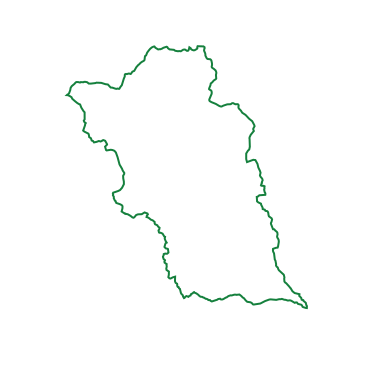 Chhoekhor, Bumthang, Bhutan (Mercator projection), rotated 339°
{"feature_id": "84629894B98599067496491", "entity_name": "Chhoekhor", "entity_type": "district", "adm_level": 2, "iso_a3": "BTN", "parent_name": "Bhutan", "parent_adm1": "Bumthang", "projection": "mercator", "projection_center": [90.666, 27.781], "detail": "fine", "context": "isolated", "style": "outline", "palette": "green", "viewbox_px": 384, "rotation_deg": 339, "n_neighbors": 0, "source": "geoboundaries", "source_scale": "gbopen_adm2", "svg_char_len": 6023}
<svg xmlns="http://www.w3.org/2000/svg" viewBox="0 0 384 384"><g transform="rotate(339 192 192)"><path d="M109.9,56.7L110.8,57.1L112.4,58.8L113.5,60.3L113.6,62.0L115.2,65.1L116.7,67.7L117.9,69.3L118.9,70.2L118.9,73.5L119.7,77.6L120.3,79.1L117.8,85.7L116.5,86.7L116.6,88.1L117.5,89.6L116.6,90.3L116.1,91.3L112.4,95.7L113.2,97.1L116.2,100.4L116.2,101.7L115.7,103.9L116.9,105.6L116.8,108.0L117.9,109.0L118.3,110.6L121.0,111.0L123.3,111.0L124.8,112.1L126.3,112.0L127.0,111.7L127.9,111.8L129.3,113.1L129.8,116.8L129.7,117.3L127.1,118.5L126.8,122.0L127.2,122.6L131.4,123.5L132.9,124.4L134.3,125.7L135.1,127.8L135.0,132.8L134.2,140.4L135.0,145.2L135.0,147.1L135.6,149.9L135.2,150.8L133.5,152.2L132.7,154.6L132.1,157.9L131.2,160.3L128.2,163.0L125.5,164.4L123.4,164.6L118.2,164.4L118.1,164.7L117.5,165.2L117.4,166.4L117.0,166.8L117.3,168.4L116.7,170.0L116.8,170.3L116.9,172.3L117.4,173.1L117.2,173.6L117.4,174.1L117.4,175.1L120.3,177.5L121.5,178.8L122.0,179.7L121.9,180.8L121.1,182.5L119.3,185.0L121.6,188.2L121.8,188.0L122.7,188.9L124.1,189.8L126.1,192.3L127.3,194.4L128.3,195.1L129.3,194.8L131.6,193.5L133.6,193.5L137.1,194.7L140.4,194.1L142.7,196.1L142.8,197.1L141.4,197.9L140.6,199.1L141.5,199.7L142.6,201.1L143.7,203.1L145.1,204.3L146.4,206.6L145.9,207.8L146.0,208.9L147.7,210.6L147.9,212.0L148.9,213.8L148.0,215.2L147.0,215.8L146.8,216.9L146.7,217.9L146.9,218.3L148.1,218.8L149.6,220.3L150.2,223.7L150.8,224.2L149.8,225.8L149.8,228.1L150.2,230.2L149.1,230.3L148.4,231.0L146.6,233.4L147.3,235.2L149.0,236.4L149.1,236.7L148.3,240.1L146.8,240.7L145.5,240.3L145.0,239.9L143.4,239.8L142.7,241.1L141.8,241.8L141.6,242.2L141.5,244.6L142.3,245.7L142.3,246.2L141.3,247.1L141.1,248.1L142.1,249.7L142.5,250.0L142.5,250.3L142.1,250.9L141.7,252.5L140.5,254.4L140.3,255.7L141.9,258.0L140.7,261.0L139.4,263.0L140.0,264.5L141.0,265.1L143.6,264.8L145.9,265.0L144.4,268.5L144.1,269.6L144.2,271.0L145.2,272.3L145.0,273.3L144.6,274.2L144.6,275.1L144.7,275.5L145.4,275.9L145.4,277.3L146.0,278.1L145.5,282.1L145.5,283.0L146.4,285.1L146.2,286.4L146.5,288.2L147.0,288.2L148.5,287.3L149.6,287.2L151.1,288.6L152.4,288.0L153.5,288.1L154.7,286.9L156.1,286.9L157.6,286.2L158.1,286.3L158.1,286.7L159.8,288.3L161.1,290.3L161.4,291.2L162.4,292.8L164.0,293.6L164.8,294.7L165.3,294.9L166.5,296.6L167.2,296.9L168.2,297.8L168.5,298.7L170.0,299.3L170.3,300.2L171.3,301.3L177.0,301.6L178.1,301.3L180.0,301.7L180.3,302.5L181.4,303.1L182.1,303.2L183.0,303.2L185.7,302.7L186.6,302.8L188.7,302.2L191.0,302.3L192.0,302.8L194.6,303.0L196.2,303.6L196.5,303.9L199.5,304.7L200.8,306.8L201.5,308.6L202.4,309.7L203.3,312.5L204.2,314.3L207.2,316.0L208.3,317.6L208.5,318.6L209.3,319.2L215.8,320.6L221.2,320.0L225.6,320.1L226.9,320.4L232.0,322.9L235.0,323.3L236.4,323.9L237.6,324.0L239.6,325.7L240.6,326.1L242.6,327.7L244.6,328.2L245.7,329.1L248.2,332.3L249.4,332.3L250.3,332.7L250.9,334.5L253.5,336.3L254.0,337.2L254.1,338.8L254.4,339.2L256.8,341.1L257.6,341.5L258.4,339.7L258.2,338.4L258.5,336.2L257.0,333.4L257.1,332.8L255.8,331.9L256.0,329.9L254.9,327.4L255.7,325.9L251.6,323.1L250.2,320.6L249.6,317.1L249.2,316.4L249.0,315.4L247.3,311.0L246.5,309.8L246.2,308.7L247.0,306.0L247.7,304.8L248.0,302.5L248.0,302.1L245.1,296.2L244.9,295.1L245.0,293.2L244.3,292.0L244.1,290.8L244.7,289.4L245.1,287.1L245.3,286.1L245.1,284.7L246.6,278.7L246.4,276.7L246.7,275.3L247.3,274.1L250.5,274.2L252.0,274.6L252.8,273.7L255.2,269.6L255.7,267.8L255.6,266.2L255.3,265.2L255.5,264.0L256.7,262.2L257.1,260.5L256.9,259.6L255.9,257.8L255.4,256.3L254.3,255.8L254.3,249.9L254.7,249.1L255.4,248.5L256.9,246.4L256.9,245.1L255.1,242.3L255.2,240.9L255.7,238.8L255.7,237.5L255.4,236.9L253.8,235.9L253.6,234.6L251.9,233.3L252.3,231.8L252.0,228.7L252.2,227.6L250.2,225.5L249.4,224.1L250.7,219.8L251.6,219.9L253.7,219.2L259.4,220.9L259.9,220.0L260.0,219.0L259.8,218.1L260.1,216.1L260.3,215.4L260.8,215.0L261.1,213.9L261.8,212.7L261.2,212.0L259.0,211.0L258.8,210.4L259.6,209.6L260.1,208.8L260.6,208.6L260.7,207.9L262.2,206.3L262.3,204.7L261.4,202.1L261.4,200.8L262.9,198.6L263.0,196.6L262.7,192.9L263.2,189.2L262.6,184.9L260.7,183.9L254.1,183.8L254.4,180.7L256.4,175.5L259.0,173.5L260.7,172.8L262.2,170.5L264.8,163.0L264.9,162.3L265.5,161.4L267.4,159.6L271.6,157.2L271.6,155.5L271.9,154.8L274.0,153.0L274.1,151.8L273.6,147.5L271.6,144.1L269.6,139.2L267.3,136.0L266.8,133.5L265.8,131.2L265.6,130.2L265.8,129.2L266.5,128.2L266.6,127.1L266.2,126.4L263.9,125.6L262.1,123.7L261.1,123.5L259.6,123.9L256.3,122.8L252.2,122.6L250.4,122.8L249.7,122.6L248.4,121.6L245.8,118.3L242.4,115.1L241.1,113.5L241.0,112.6L241.3,111.8L245.5,107.4L246.0,106.4L246.3,105.3L246.3,104.2L245.1,102.7L244.8,102.1L245.1,101.5L247.5,98.9L248.4,97.4L250.1,96.9L252.3,95.7L254.6,95.2L255.3,94.7L256.3,91.3L257.4,89.6L257.6,88.7L257.6,87.0L256.4,84.7L255.5,83.5L255.2,82.7L255.4,81.8L256.2,80.7L256.8,78.9L257.2,76.3L257.1,75.6L256.7,74.7L254.1,73.3L253.7,72.4L253.5,70.8L253.4,69.5L253.9,68.0L254.0,67.0L253.9,64.4L254.7,62.9L255.3,62.3L255.6,61.3L254.9,60.2L249.5,57.9L248.8,58.7L248.4,59.9L247.7,60.2L245.3,60.6L244.2,60.3L243.0,59.3L242.3,58.2L242.3,57.3L241.4,56.0L240.3,57.6L239.5,58.4L238.8,58.7L237.9,58.4L236.5,56.5L235.7,56.2L234.8,56.0L232.0,56.6L230.5,55.8L229.4,55.6L226.9,54.1L226.1,52.8L222.1,50.8L221.0,49.0L220.9,47.9L220.4,47.3L216.9,47.1L215.6,47.4L213.6,47.4L213.1,47.1L211.5,46.8L209.5,44.2L209.1,42.7L208.3,42.5L206.4,42.6L204.3,43.3L202.3,44.4L200.1,45.8L198.1,48.0L196.9,48.3L196.3,49.2L195.0,51.7L193.9,52.3L192.1,52.5L190.2,53.0L188.4,53.9L187.5,54.1L184.8,55.5L181.5,58.2L179.5,58.3L177.3,59.8L176.9,59.8L175.8,58.9L175.2,58.7L173.4,58.6L172.7,58.1L171.7,58.1L171.2,58.6L170.6,60.1L169.0,61.7L164.7,67.2L163.2,68.0L161.1,69.6L160.5,69.4L159.7,68.8L158.3,68.6L157.4,68.0L155.0,66.0L153.5,65.3L152.0,61.5L149.8,60.3L146.4,57.6L142.0,55.7L140.9,55.7L136.2,54.5L134.4,53.7L133.6,52.1L132.2,51.1L130.8,50.5L129.9,50.6L127.4,49.5L126.7,49.7L125.0,48.5L123.3,47.9L121.9,48.4L121.1,48.9L117.6,50.1L116.0,51.3L114.8,53.3L112.7,55.7L111.4,56.4L110.6,56.4L109.9,56.7Z" fill="none" stroke="#15803d" stroke-width="2"/></g></svg>